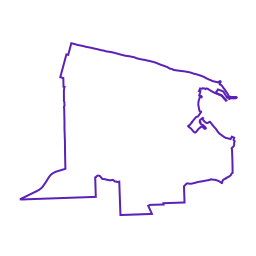 outline of Bunbury, Western Australia, Australia, rotated 88°
{"feature_id": "25037944B68706686187302", "entity_name": "Bunbury", "entity_type": "district", "adm_level": 2, "iso_a3": "AUS", "parent_name": "Australia", "parent_adm1": "Western Australia", "projection": "natural_earth1", "projection_center": [115.658, -33.355], "detail": "fine", "context": "isolated", "style": "outline", "palette": "violet", "viewbox_px": 256, "rotation_deg": 88, "n_neighbors": 0, "source": "geoboundaries", "source_scale": "gbopen_adm2", "svg_char_len": 5394}
<svg xmlns="http://www.w3.org/2000/svg" viewBox="0 0 256 256"><g transform="rotate(88 128 128)"><path d="M141.4,22.2L140.8,23.6L140.3,24.5L142.7,25.9L142.3,26.9L141.6,29.4L141.3,30.5L140.9,31.4L139.4,33.5L137.9,35.3L137.0,36.6L136.0,37.5L135.1,38.2L134.8,38.5L133.4,39.2L133.1,39.4L131.2,40.8L130.5,41.5L129.7,42.1L127.4,43.9L125.6,45.1L124.8,45.7L124.7,45.8L124.7,46.4L125.6,47.7L125.8,48.7L125.8,49.1L125.3,50.0L124.8,50.7L124.1,51.4L123.4,52.1L122.6,52.6L121.8,53.3L121.3,53.4L121.1,53.3L120.7,52.7L120.5,52.9L122.5,55.7L123.7,56.1L124.6,56.0L124.6,55.4L125.1,55.3L126.0,55.4L126.4,55.3L126.6,55.1L126.8,54.9L127.7,53.1L128.1,52.5L129.8,50.8L130.1,50.6L130.3,50.5L130.5,50.5L130.9,50.2L131.1,50.2L131.3,50.4L131.5,50.8L131.5,51.0L131.4,51.3L131.3,51.5L131.2,51.8L130.6,52.4L129.9,53.0L129.5,53.6L129.4,53.8L129.4,55.2L129.6,55.6L130.4,56.2L131.0,57.1L131.7,57.8L132.9,58.9L134.1,59.8L134.8,60.8L134.9,61.1L134.7,61.6L134.0,62.5L133.8,62.7L133.2,63.2L131.2,64.7L130.9,64.9L129.2,67.0L128.4,67.8L128.1,67.8L127.9,67.7L127.6,67.2L127.8,66.9L124.5,63.8L124.3,64.0L119.4,59.5L118.9,57.7L114.5,54.3L114.1,54.6L114.3,55.1L113.7,55.8L112.7,56.1L109.5,56.6L107.6,56.9L106.5,56.9L104.8,56.7L103.5,56.5L102.4,56.1L99.9,55.2L99.6,55.0L99.5,54.8L99.4,54.5L99.9,53.5L99.1,53.2L98.8,53.5L98.0,55.7L96.9,55.3L96.1,55.0L94.5,54.5L94.1,54.5L93.7,54.4L93.5,55.7L93.1,55.5L92.8,55.5L92.5,55.3L92.1,55.0L91.0,54.5L91.2,54.1L91.3,54.0L91.3,53.9L91.3,53.7L91.2,52.1L90.9,51.9L91.1,50.5L91.2,50.1L91.8,49.2L91.7,49.1L91.5,48.9L91.3,48.6L91.3,48.4L91.4,47.6L91.5,47.1L91.7,46.7L91.9,46.6L95.4,41.2L99.0,33.4L104.1,29.2L103.9,28.7L98.5,33.2L95.9,39.2L95.8,39.3L95.6,39.5L95.5,39.0L95.4,38.7L95.0,38.3L92.6,36.8L94.8,31.5L100.9,28.0L100.7,27.5L101.0,27.6L101.2,27.3L101.3,26.9L101.5,26.7L102.2,26.3L102.6,25.7L102.5,25.4L102.3,25.3L101.7,25.4L101.5,25.2L101.8,24.8L101.9,23.9L102.0,21.9L102.1,19.9L102.1,19.5L101.8,18.8L101.7,18.5L101.5,18.4L101.4,18.3L101.1,18.4L100.9,18.5L100.7,19.1L100.7,21.9L100.5,24.2L100.4,24.6L100.2,25.3L99.8,25.9L99.6,26.1L99.1,26.5L98.9,26.6L97.7,27.1L96.9,27.5L96.2,28.0L93.2,29.8L92.6,30.2L91.9,30.8L91.2,31.3L90.1,32.0L89.2,32.6L88.8,32.9L88.2,33.6L87.9,34.2L87.6,34.8L87.1,34.9L86.9,34.9L85.5,33.9L85.0,33.8L84.8,33.8L84.6,33.9L84.4,34.2L84.4,34.6L84.5,34.8L85.0,35.6L85.5,36.2L85.0,38.2L84.6,40.0L83.9,42.2L83.2,43.5L83.0,43.8L82.4,45.3L82.3,45.5L81.6,46.8L81.0,48.2L80.6,48.9L79.8,49.8L79.2,51.2L78.7,52.3L78.4,53.1L77.2,56.2L77.0,57.0L76.6,58.1L76.0,60.4L75.4,61.9L75.0,62.9L74.3,65.1L74.0,66.7L73.5,69.0L73.2,70.5L73.1,71.5L72.6,74.6L71.6,80.4L71.2,81.1L70.8,81.5L70.5,82.5L70.3,83.2L70.3,83.5L70.1,84.1L69.9,84.4L69.7,84.8L69.0,85.9L68.7,86.1L68.5,86.5L68.3,87.0L67.7,88.6L67.2,89.7L66.0,92.8L65.1,95.0L63.9,97.5L63.0,99.9L61.8,104.1L61.2,106.7L60.6,108.4L60.1,111.3L59.3,114.5L58.6,117.0L57.9,118.4L57.7,119.0L57.4,119.8L56.8,122.4L56.4,123.9L56.3,124.3L55.9,126.9L55.7,128.1L54.6,131.9L53.9,134.3L53.2,136.2L52.9,137.5L52.6,138.5L52.3,139.2L51.7,141.7L51.5,142.2L51.3,143.7L51.0,144.8L50.8,146.5L50.7,147.0L49.8,149.5L49.3,152.2L49.1,152.9L48.6,154.4L48.1,156.2L47.4,158.9L47.3,159.3L46.3,163.0L45.7,165.7L45.5,166.9L44.7,169.3L44.2,171.4L43.6,173.8L43.4,174.9L43.0,176.3L42.7,177.0L42.4,178.0L42.1,178.9L41.5,180.9L41.3,181.7L52.8,185.2L52.3,187.0L74.9,193.9L75.8,190.9L84.5,191.0L84.8,190.1L85.1,190.4L86.0,190.4L89.0,190.8L96.9,191.0L97.6,191.0L98.3,191.1L98.8,191.1L99.7,190.7L103.6,190.7L103.9,190.8L104.4,191.2L105.0,191.3L106.2,191.2L106.9,191.1L120.6,191.3L125.9,191.5L138.7,191.5L152.1,191.8L166.6,192.0L169.0,201.0L169.8,203.1L170.9,205.2L171.4,205.9L172.0,206.6L172.5,207.2L173.2,207.8L175.0,209.2L179.1,211.9L182.2,214.2L183.9,215.5L185.1,216.8L186.6,218.8L187.5,220.6L194.4,236.0L195.1,237.7L195.6,237.7L195.7,237.4L195.8,233.1L195.7,232.9L195.7,162.6L176.2,162.5L175.9,161.6L175.3,161.2L175.1,160.9L174.6,160.1L174.5,159.9L174.5,159.6L174.6,158.7L175.0,157.9L175.1,157.7L175.6,157.2L176.5,156.6L177.5,155.9L177.9,155.4L178.1,155.0L178.1,154.8L178.2,153.8L178.2,153.4L178.8,151.4L179.1,150.7L179.2,149.6L179.2,149.3L179.4,149.0L179.6,148.3L179.7,148.0L179.6,146.8L179.6,146.6L179.4,145.9L179.3,144.9L179.4,144.7L179.7,144.3L180.3,143.8L180.5,143.5L181.0,142.9L181.1,142.6L181.1,142.2L181.1,141.5L181.3,141.3L181.4,141.0L181.5,140.7L181.5,140.3L181.5,139.5L181.3,138.6L214.7,138.6L214.7,107.1L206.4,110.5L205.8,108.9L205.6,108.3L205.7,95.2L205.3,95.3L204.4,95.3L204.4,74.1L188.2,74.1L186.0,71.7L185.9,71.7L185.7,71.6L185.5,71.2L185.5,70.4L185.9,67.6L185.9,67.0L185.8,66.2L185.2,63.1L185.0,62.1L184.8,61.9L184.3,59.2L183.8,55.2L183.2,51.6L182.9,49.1L182.6,47.7L182.2,47.2L182.1,46.9L182.3,46.5L182.4,46.1L182.5,45.3L182.6,44.3L182.8,43.3L182.9,42.5L183.1,41.8L183.4,41.0L184.1,39.4L184.3,39.0L185.9,36.6L186.3,36.3L186.3,36.1L185.6,36.0L185.4,35.8L185.1,35.7L184.7,35.6L184.0,35.2L183.2,34.7L182.5,33.7L182.4,33.4L182.3,33.2L182.2,32.7L182.1,32.4L181.9,32.3L181.7,32.2L181.6,31.8L181.7,31.7L181.4,31.2L181.0,30.8L180.9,30.6L180.9,30.4L180.6,30.0L180.5,29.6L179.6,28.0L178.6,26.8L178.3,26.7L178.1,26.6L177.1,26.0L176.9,25.7L176.8,25.4L176.7,25.2L176.4,25.0L175.6,25.0L165.3,24.8L153.1,24.8L152.8,24.9L152.5,25.1L151.9,25.1L151.7,25.0L151.0,24.3L150.3,23.4L150.0,23.1L149.0,22.6L148.2,22.5L147.1,22.5L146.4,22.4L145.2,21.9L144.8,21.9L144.7,21.9L144.6,22.0L144.4,22.3L144.0,22.7L143.8,22.9L143.4,22.9L141.4,22.2Z" fill="none" stroke="#5b21b6" stroke-width="2"/></g></svg>